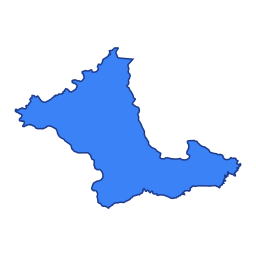 Carrillo, Guanacaste, Costa Rica
{"feature_id": "36466004B81157491697278", "entity_name": "Carrillo", "entity_type": "district", "adm_level": 2, "iso_a3": "CRI", "parent_name": "Costa Rica", "parent_adm1": "Guanacaste", "projection": "mercator", "projection_center": [-85.608, 10.481], "detail": "fine", "context": "isolated", "style": "filled", "palette": "blue", "viewbox_px": 256, "rotation_deg": 0, "n_neighbors": 0, "source": "geoboundaries", "source_scale": "gbopen_adm2", "svg_char_len": 5794}
<svg xmlns="http://www.w3.org/2000/svg" viewBox="0 0 256 256"><path d="M228.0,174.4L228.2,173.0L228.6,172.4L228.9,173.3L233.4,174.7L234.5,175.8L235.4,175.7L235.3,174.8L234.3,174.2L234.2,173.6L234.5,173.1L235.6,172.6L235.4,171.6L236.5,171.2L237.7,170.2L237.2,169.0L237.0,167.8L237.4,167.7L238.5,168.4L239.0,166.3L240.1,165.9L240.6,164.9L240.6,164.0L240.3,163.7L239.9,163.8L239.4,164.5L239.1,164.6L237.4,164.1L236.7,163.6L236.7,163.1L238.0,161.0L236.4,160.0L235.8,158.6L234.7,158.1L232.0,158.4L231.0,157.6L230.6,157.8L229.8,159.0L227.9,159.6L226.7,159.6L224.6,159.2L223.4,157.7L222.8,155.8L222.2,155.1L220.3,154.4L218.2,154.7L216.7,153.9L212.2,153.0L210.4,152.3L209.6,151.7L209.0,150.1L207.9,149.2L206.1,148.0L204.9,147.0L202.9,146.7L200.6,145.5L199.1,144.0L197.9,143.1L197.2,141.7L196.7,141.3L195.3,141.2L194.3,140.5L188.7,140.7L187.9,141.0L187.3,141.6L187.8,143.5L188.6,144.4L188.8,146.0L188.6,148.4L187.0,151.5L186.8,153.1L187.2,154.1L189.4,155.3L189.6,155.5L189.6,156.5L189.0,158.0L187.1,159.4L185.6,159.9L182.2,159.8L180.3,158.5L177.1,159.0L173.9,159.0L170.6,158.6L167.7,157.8L165.5,157.9L164.4,158.8L162.3,158.8L161.0,158.5L160.2,157.9L160.0,157.5L160.0,156.2L160.7,154.1L160.7,153.3L156.7,150.9L156.0,149.8L154.6,148.6L152.9,148.1L151.5,147.3L149.2,145.1L148.5,143.6L148.5,141.9L148.3,141.5L147.2,140.1L146.7,138.8L145.0,136.7L144.4,134.5L144.3,131.2L142.3,127.4L140.9,123.9L138.5,120.0L138.7,117.7L138.5,116.2L137.8,114.8L137.8,113.9L139.0,112.3L139.3,111.1L139.3,109.2L138.3,107.4L135.8,106.5L132.5,104.2L132.5,103.4L135.2,99.5L135.2,98.9L134.2,98.4L133.5,97.7L133.2,96.0L132.7,94.5L131.8,93.3L131.5,92.2L129.9,90.3L129.1,88.1L128.8,87.6L127.5,87.0L126.8,86.1L126.8,85.7L127.2,85.1L128.1,84.7L128.8,83.1L128.8,82.1L128.4,81.1L128.5,80.0L129.4,78.4L130.2,75.7L129.7,74.1L128.9,73.3L128.2,72.1L128.3,70.7L128.8,68.9L128.0,65.6L128.0,64.7L132.9,59.2L118.9,58.0L117.8,57.5L117.2,56.5L116.9,55.1L116.0,53.5L115.9,52.2L116.6,50.7L118.2,48.4L118.0,47.9L114.5,48.0L113.7,48.9L111.6,50.6L110.7,50.5L109.4,50.8L109.7,52.7L110.4,53.8L110.2,54.6L109.8,54.7L109.1,54.3L107.9,56.3L105.6,58.0L104.4,58.5L102.9,59.7L102.2,62.7L100.7,64.7L100.0,64.7L99.4,64.2L98.7,64.2L98.4,64.5L97.4,66.6L98.0,67.6L98.4,69.5L96.4,71.6L95.3,72.0L92.5,72.2L91.6,70.0L91.1,69.8L88.6,71.0L86.5,70.9L85.2,70.5L84.6,71.0L82.5,71.5L82.1,72.0L82.3,72.6L82.2,73.1L82.9,73.3L83.4,74.0L83.2,74.7L83.5,75.1L83.6,75.7L84.1,76.4L84.2,77.1L84.0,78.2L82.3,80.5L81.1,81.4L80.6,81.4L79.1,80.8L78.1,81.0L75.2,79.8L73.9,80.3L73.4,80.0L72.4,80.5L72.0,81.2L72.4,81.9L72.4,82.6L73.5,82.9L73.9,83.4L74.8,83.4L75.4,83.7L76.8,85.0L77.0,85.9L76.9,86.9L75.7,89.3L72.7,91.2L71.6,91.8L70.2,91.9L69.3,91.3L69.1,90.7L67.4,89.2L65.8,88.7L64.6,90.4L64.5,91.3L63.6,91.4L63.2,92.2L62.9,92.3L63.0,93.3L62.0,93.5L61.7,94.1L58.6,94.1L58.3,94.7L57.8,95.2L55.7,95.2L55.6,96.0L54.3,95.9L53.9,96.9L52.6,97.6L51.3,99.1L50.1,99.6L48.6,100.7L45.3,102.2L43.1,102.1L40.8,100.4L38.1,96.3L37.2,96.1L36.3,97.0L35.6,97.0L35.2,96.8L34.2,95.7L33.4,95.5L32.1,95.5L31.8,98.2L30.6,98.2L29.9,99.3L29.9,99.7L30.8,100.9L30.8,101.7L29.1,103.3L28.6,104.7L28.1,105.4L26.4,105.4L26.0,105.7L25.8,106.1L26.7,107.3L25.8,108.6L24.0,108.8L22.4,107.9L21.9,107.9L21.0,108.6L19.3,109.0L18.5,109.9L17.9,110.3L16.9,110.3L16.8,109.5L16.4,109.3L15.8,109.3L15.5,109.7L15.4,110.6L15.5,111.4L16.8,112.2L17.8,112.5L19.5,113.7L21.3,114.3L22.0,115.1L21.2,117.8L20.2,118.2L19.5,119.0L19.4,120.3L19.7,120.8L21.1,121.0L21.8,120.8L21.9,121.3L23.8,121.2L24.2,121.7L24.2,123.7L22.8,125.8L22.7,126.2L23.0,126.5L24.4,126.5L25.6,125.7L26.6,125.5L27.1,125.1L27.8,124.8L30.2,124.6L30.6,125.0L31.5,124.6L32.6,125.6L33.9,126.0L34.9,126.8L36.2,128.3L38.0,128.7L42.0,128.6L42.2,128.8L43.1,128.7L46.3,127.2L47.2,126.4L48.2,125.9L50.6,126.2L51.7,126.6L56.0,128.9L57.1,131.2L57.8,134.0L59.3,136.4L61.2,137.9L63.9,139.2L65.0,140.8L69.8,144.2L71.1,145.4L71.8,148.7L74.5,151.5L75.6,151.7L77.7,152.7L78.8,152.9L87.3,152.7L88.6,153.3L90.6,155.3L90.7,156.1L91.9,159.1L93.7,160.0L94.3,160.7L94.0,165.3L94.7,166.4L94.8,168.0L96.9,169.6L98.1,169.7L99.6,169.5L100.5,170.0L102.2,171.9L102.2,172.5L103.1,174.9L102.7,178.1L102.1,178.5L101.2,179.8L98.8,181.0L97.3,181.0L93.8,183.0L93.1,184.0L92.0,187.1L91.7,188.9L92.5,190.0L93.3,190.6L94.1,190.8L94.6,190.5L95.3,190.5L96.1,190.8L97.5,192.9L97.6,194.8L97.0,196.7L97.3,197.3L97.9,200.5L97.9,201.9L98.3,202.7L100.8,203.8L101.6,205.3L102.3,205.9L103.5,206.3L105.1,206.2L107.4,207.3L108.2,208.1L108.7,208.0L109.3,206.8L110.3,206.5L111.6,205.3L112.3,205.2L113.9,203.5L115.4,202.9L118.0,202.9L119.8,202.2L123.5,202.5L124.6,202.1L126.8,200.8L127.6,200.7L128.3,200.1L129.8,199.5L130.7,198.3L132.0,197.5L133.4,196.0L136.2,195.3L138.7,194.4L139.4,194.8L140.2,193.9L142.0,193.1L142.4,192.7L143.1,191.0L143.1,189.4L143.8,188.7L144.3,188.7L145.0,189.9L145.3,190.9L145.7,191.3L146.4,191.3L147.1,190.4L147.9,190.2L148.4,190.5L149.0,191.7L150.3,192.7L151.8,191.2L152.6,191.8L153.0,193.5L154.2,194.0L156.7,193.9L156.8,194.9L157.2,195.2L158.4,195.3L159.7,194.8L163.8,195.1L169.1,197.1L170.9,198.2L173.2,198.4L174.6,197.8L176.1,197.9L176.8,197.0L178.1,196.8L179.0,195.9L180.1,195.7L182.0,193.8L182.8,194.3L184.5,194.5L184.4,193.9L183.2,193.0L183.0,192.4L184.5,191.6L184.9,190.8L185.3,190.7L188.1,190.7L188.8,190.9L188.9,191.1L189.3,191.0L190.3,190.0L190.2,188.1L191.8,187.1L192.1,186.3L192.5,186.1L193.8,186.1L195.3,186.4L196.4,186.0L198.8,185.8L208.2,185.9L209.2,186.1L212.5,185.7L215.6,185.6L217.2,186.6L218.3,186.7L218.7,187.3L219.6,187.7L220.1,186.6L220.3,185.6L222.3,184.7L222.2,183.8L222.4,183.6L223.8,183.3L223.2,182.1L223.3,181.3L224.9,181.1L225.6,180.7L225.5,180.4L224.1,180.3L223.8,180.0L224.7,178.2L226.0,177.4L225.0,176.7L224.6,175.8L224.8,175.2L225.2,175.3L226.2,176.3L226.6,176.3L227.7,176.0L227.4,175.1L227.6,173.5L228.0,174.4Z" fill="#3b82f6" stroke="#1e3a8a" stroke-width="1.5"/></svg>